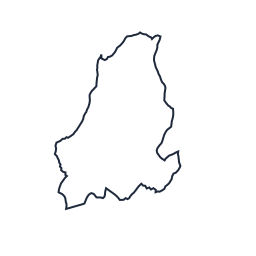 Iaras, São Paulo, Brazil, rotated 20°
{"feature_id": "56859067B24028623946293", "entity_name": "Iaras", "entity_type": "district", "adm_level": 2, "iso_a3": "BRA", "parent_name": "Brazil", "parent_adm1": "São Paulo", "projection": "natural_earth1", "projection_center": [-49.105, -22.813], "detail": "fine", "context": "isolated", "style": "outline", "palette": "slate", "viewbox_px": 256, "rotation_deg": 20, "n_neighbors": 0, "source": "geoboundaries", "source_scale": "gbopen_adm2", "svg_char_len": 2585}
<svg xmlns="http://www.w3.org/2000/svg" viewBox="0 0 256 256"><g transform="rotate(20 128 128)"><path d="M84.7,212.1L86.5,212.4L88.8,212.6L91.7,214.0L93.3,215.8L94.9,218.8L96.1,220.3L97.0,222.5L97.5,225.2L111.3,215.2L112.9,213.8L113.1,207.7L113.8,204.6L114.7,202.9L115.9,201.7L118.4,201.7L120.1,202.7L122.1,204.0L124.1,203.3L126.7,202.5L128.4,202.5L129.3,200.8L129.2,198.7L128.4,195.9L128.0,192.1L138.6,195.1L141.3,196.2L142.8,197.0L144.9,198.4L148.4,197.0L149.8,194.7L151.8,195.0L153.0,193.7L153.6,191.0L154.4,188.8L155.7,186.6L156.6,183.7L157.3,181.3L158.1,178.9L159.6,175.8L162.0,177.0L164.0,176.4L166.3,178.4L168.3,176.6L170.6,177.9L172.4,175.9L175.2,176.6L175.9,178.9L177.3,177.6L179.5,177.0L181.3,175.0L183.0,172.8L183.1,170.0L184.3,168.2L185.5,165.9L186.0,163.5L186.5,161.3L186.0,158.2L186.4,155.2L188.1,153.8L188.9,152.1L189.7,150.1L190.1,147.8L190.2,145.7L187.7,142.7L186.7,140.6L184.9,137.1L183.7,135.2L183.2,132.9L181.4,134.6L179.4,137.0L176.0,140.0L173.8,144.0L173.5,145.9L170.0,145.1L168.1,144.3L165.8,142.7L163.8,141.3L162.6,139.1L162.6,136.7L163.6,133.3L164.6,130.9L164.7,128.3L164.5,124.7L164.4,121.8L164.7,119.2L165.4,116.4L167.1,113.7L168.1,112.0L167.4,109.0L166.8,106.3L166.7,104.1L166.1,100.4L165.0,97.3L163.7,94.5L161.7,94.4L159.7,93.4L158.1,93.1L155.3,91.5L152.6,89.6L151.5,85.7L150.6,83.1L149.5,77.5L148.4,75.9L146.9,74.5L144.4,73.3L142.3,71.1L140.5,68.7L138.2,66.7L136.7,64.7L133.1,61.2L132.0,59.4L129.4,55.7L128.6,53.5L128.1,51.4L128.1,48.2L128.3,45.3L128.1,42.5L127.1,39.8L127.6,34.2L127.2,30.9L124.3,30.8L122.4,32.1L121.1,34.0L120.1,36.2L118.8,35.0L116.2,34.8L113.1,33.9L110.6,34.5L108.3,34.5L106.7,34.1L105.6,35.9L103.6,37.6L101.5,38.8L99.8,40.3L95.8,42.2L94.7,44.9L94.4,47.6L93.5,50.5L92.3,53.3L90.4,56.2L89.9,60.5L89.2,62.8L88.2,65.4L86.5,67.3L84.9,68.1L84.5,70.5L82.9,72.1L79.3,71.7L77.8,68.0L77.9,70.7L77.1,72.9L76.8,74.9L77.3,77.4L77.7,79.8L78.6,81.8L78.9,83.8L79.9,85.5L81.4,88.5L81.8,91.5L82.5,94.3L83.3,97.4L84.0,99.7L83.1,101.6L82.3,103.6L81.4,105.3L80.9,107.6L80.6,110.0L81.4,112.1L82.7,115.0L83.3,117.7L83.5,120.2L83.6,122.3L83.2,124.5L83.3,127.3L82.7,129.2L82.4,132.1L82.8,134.7L82.7,137.2L82.2,139.4L81.5,142.9L80.9,145.4L80.5,147.5L79.5,149.7L78.8,152.4L76.7,155.5L75.0,157.7L73.3,157.7L72.4,159.6L70.2,160.6L68.9,163.2L67.2,164.8L65.8,166.2L65.9,169.5L67.5,171.9L68.1,174.8L68.2,177.6L70.6,178.6L72.1,180.2L74.1,182.0L75.4,184.2L77.1,185.4L77.2,187.5L79.2,188.5L79.6,190.5L82.1,191.4L84.4,191.1L85.2,193.5L87.0,194.0L85.9,196.2L85.0,199.5L84.0,203.0L84.0,206.3L84.1,209.1L84.7,212.1Z" fill="none" stroke="#1e293b" stroke-width="2"/></g></svg>